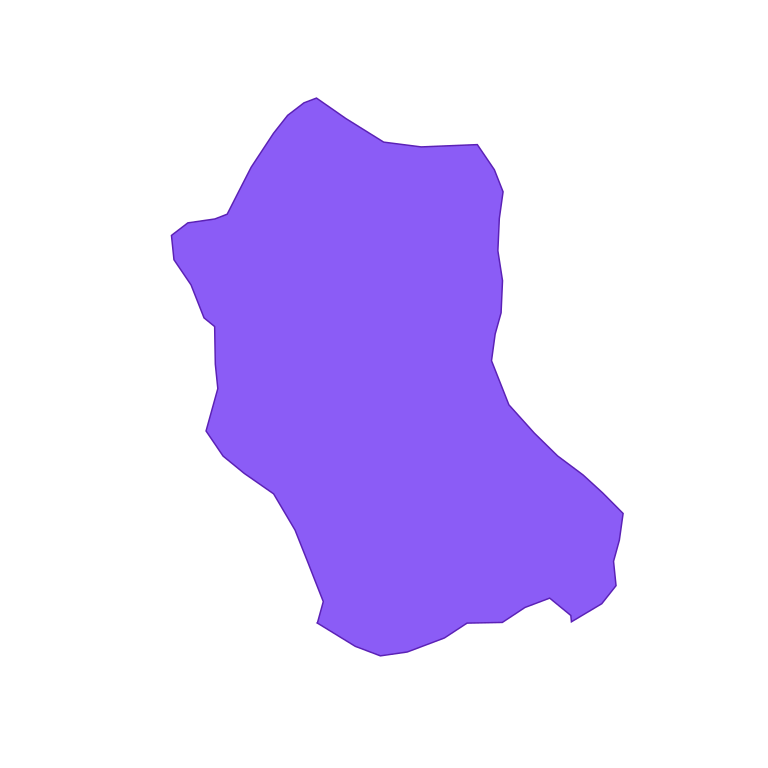 the district of Phihyon, P'yŏngan-bukto, North Korea, rotated 248°
{"feature_id": "82179303B32066025180418", "entity_name": "Phihyon", "entity_type": "district", "adm_level": 2, "iso_a3": "PRK", "parent_name": "North Korea", "parent_adm1": "P'yŏngan-bukto", "projection": "equal_earth", "projection_center": [124.575, 40.048], "detail": "fine", "context": "isolated", "style": "filled", "palette": "violet", "viewbox_px": 768, "rotation_deg": 248, "n_neighbors": 0, "source": "geoboundaries", "source_scale": "gbopen_adm2", "svg_char_len": 888}
<svg xmlns="http://www.w3.org/2000/svg" viewBox="0 0 768 768"><g transform="rotate(248 384 384)"><path d="M512.7,241.9L500.7,248.5L465.5,235.0L442.0,228.2L407.1,201.4L377.4,207.8L353.5,220.9L323.5,240.5L281.9,246.8L246.4,246.6L228.7,246.4L205.0,246.2L187.6,232.9L187.5,232.5L151.5,259.1L133.3,278.8L126.8,305.2L125.9,344.9L131.2,371.4L118.6,404.4L124.0,431.0L123.4,457.4L99.4,470.5L93.3,468.7L98.7,503.6L110.1,523.6L133.6,530.4L151.0,543.7L174.4,557.2L201.0,546.0L225.1,534.5L252.3,518.0L282.1,505.0L317.9,492.0L365.3,492.4L388.7,505.8L406.1,519.2L435.4,532.6L464.9,539.5L494.2,552.9L517.6,566.4L541.3,566.6L571.0,560.2L589.9,507.3L608.4,474.3L644.4,448.1L674.4,428.5L674.7,415.2L669.2,395.3L657.8,375.4L634.8,342.1L617.5,322.1L600.2,302.2L600.4,288.9L606.9,262.5L601.4,242.6L577.9,235.8L548.2,242.2L524.5,242.0L512.7,241.9Z" fill="#8b5cf6" stroke="#5b21b6" stroke-width="1.5"/></g></svg>